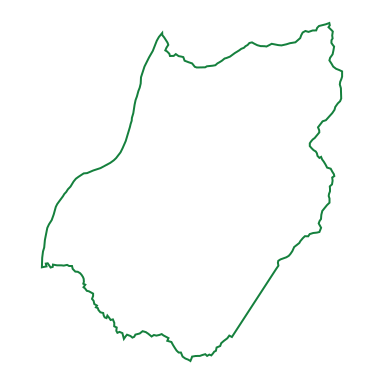 Couto Magalhães, Tocantins, Brazil
{"feature_id": "56859067B61149343342397", "entity_name": "Couto Magalhães", "entity_type": "district", "adm_level": 2, "iso_a3": "BRA", "parent_name": "Brazil", "parent_adm1": "Tocantins", "projection": "albers", "projection_center": [-49.159, -8.438], "detail": "fine", "context": "isolated", "style": "outline", "palette": "green", "viewbox_px": 384, "rotation_deg": 0, "n_neighbors": 0, "source": "geoboundaries", "source_scale": "gbopen_adm2", "svg_char_len": 3618}
<svg xmlns="http://www.w3.org/2000/svg" viewBox="0 0 384 384"><path d="M41.9,267.3L46.5,266.4L45.8,263.6L47.7,263.3L49.1,265.3L50.6,267.5L52.7,266.9L53.0,264.6L56.8,265.3L61.1,265.3L63.8,265.6L67.1,264.9L69.1,266.0L72.0,266.0L72.7,268.9L75.3,271.6L77.8,271.8L80.1,273.2L81.6,274.9L83.0,277.1L83.7,278.9L83.9,281.8L83.3,283.7L85.3,284.7L83.5,287.2L85.0,288.4L86.8,290.8L88.9,291.3L93.1,293.6L93.1,296.0L92.0,298.9L93.6,300.8L94.3,304.0L97.0,305.6L95.9,307.3L97.8,308.1L98.5,310.1L100.4,312.3L103.2,313.0L103.7,315.5L104.7,317.4L106.5,318.1L107.4,315.6L109.1,317.7L110.6,320.0L112.9,319.4L114.3,322.9L114.2,326.3L116.7,327.5L116.3,330.8L117.4,332.8L119.5,331.9L122.4,333.1L122.9,335.1L123.9,338.9L125.5,336.5L127.0,334.7L130.5,336.0L132.4,337.6L134.2,336.8L135.4,334.6L139.7,333.5L142.6,331.2L145.8,332.1L148.2,333.7L151.6,336.5L153.9,335.0L156.4,335.6L159.2,335.0L161.7,334.1L163.4,335.4L168.5,338.1L167.3,340.8L171.4,342.0L173.0,345.0L174.8,347.9L176.6,350.6L178.6,352.5L180.9,352.5L182.6,356.6L185.3,358.5L188.3,359.7L190.4,361.0L191.4,358.7L192.1,356.6L195.6,356.0L199.9,355.9L202.4,355.0L205.3,354.2L207.1,355.9L209.3,354.6L211.3,355.4L213.0,353.4L214.2,351.7L215.9,350.8L216.6,347.5L220.2,346.0L221.2,343.2L223.7,341.0L227.3,338.3L229.3,335.6L231.9,337.0L276.2,268.9L278.4,265.7L277.9,262.7L278.3,260.8L280.5,259.4L286.3,257.3L288.7,255.9L290.3,254.1L292.3,251.2L294.2,247.0L299.3,243.0L300.3,241.2L302.8,238.2L304.9,236.2L308.2,236.3L309.7,234.1L313.2,233.0L316.9,232.6L319.4,232.0L321.1,227.8L318.7,223.4L319.6,221.0L321.0,219.0L321.3,214.9L322.3,210.9L327.0,205.1L329.5,202.7L329.5,198.5L328.7,196.0L329.0,194.0L330.0,191.3L330.0,188.8L329.8,186.4L332.0,184.4L332.6,180.8L332.2,177.5L334.3,176.1L333.9,174.2L332.2,171.5L330.7,168.7L327.1,167.6L325.5,164.5L323.8,161.7L322.1,159.4L321.1,156.9L319.4,157.9L317.5,155.9L316.9,153.3L315.8,151.5L313.5,150.1L311.5,148.1L309.8,146.1L309.8,143.3L311.0,141.5L312.7,139.5L314.7,138.0L319.3,132.4L319.2,130.3L318.0,127.3L321.1,123.3L322.6,121.3L325.9,120.2L330.1,115.5L332.2,113.2L334.5,109.8L335.3,106.9L337.8,103.4L340.1,101.2L341.2,98.5L340.9,88.2L339.8,84.5L340.2,81.8L341.3,79.2L342.1,76.6L342.1,71.4L339.4,70.1L336.1,68.8L333.2,66.6L331.6,63.8L329.4,60.4L330.1,57.8L332.6,54.3L333.4,50.6L334.1,46.6L332.6,44.7L331.4,42.9L331.5,40.2L332.6,38.5L332.2,35.5L332.8,31.5L331.5,30.1L328.5,27.2L329.8,25.3L329.3,23.0L325.8,24.3L319.0,26.0L317.2,27.8L316.2,30.4L312.6,30.5L308.5,31.9L305.4,31.0L302.7,32.5L301.2,35.3L300.2,38.1L295.4,42.3L289.9,43.2L286.4,44.3L281.5,45.4L278.3,45.1L271.7,43.8L268.7,45.4L266.5,46.5L264.4,46.2L260.6,46.1L257.3,45.2L254.3,43.7L252.0,42.4L249.4,43.0L247.6,45.0L245.5,46.2L243.9,47.8L241.3,48.8L239.3,50.3L236.9,51.8L234.9,53.0L230.0,56.6L226.5,58.0L224.6,58.5L221.8,60.8L219.2,62.4L217.4,63.4L215.4,65.2L212.7,65.7L206.9,66.3L205.2,67.3L196.8,67.5L194.8,66.8L192.1,63.4L188.5,62.2L184.6,60.7L183.3,57.1L181.3,56.6L178.6,56.1L175.8,54.1L173.7,55.9L170.0,56.0L169.3,53.7L167.0,51.4L165.3,50.4L166.5,47.6L168.3,44.9L167.5,42.6L164.1,37.3L162.3,35.1L162.2,33.0L158.9,37.0L156.8,40.7L152.8,50.9L149.1,57.3L144.5,66.5L141.0,77.3L140.7,83.5L139.7,87.7L138.4,91.0L136.9,96.5L135.6,100.0L134.6,104.7L133.3,113.2L131.9,117.9L131.7,120.7L130.6,124.1L129.9,127.1L125.7,141.1L122.5,148.4L120.5,152.4L116.1,158.1L113.8,160.3L110.2,162.9L100.5,168.1L93.2,170.5L87.1,173.1L83.7,173.4L78.5,176.8L75.9,178.7L73.6,181.5L70.5,186.6L67.9,189.3L66.2,192.0L64.3,194.0L63.0,196.2L59.3,201.2L57.2,204.1L55.8,206.9L53.7,214.5L51.7,220.1L49.0,224.3L47.3,227.9L44.9,240.0L44.2,247.5L43.0,251.5L42.2,257.8L41.9,267.3Z" fill="none" stroke="#15803d" stroke-width="2"/></svg>